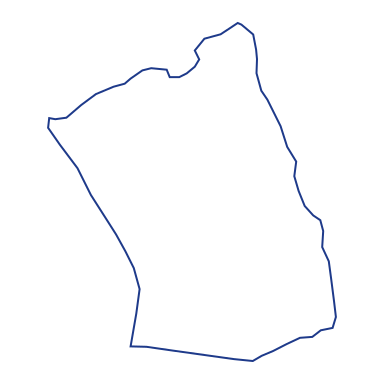 outline of Haparanda, Norrbotten, Sweden
{"feature_id": "70781695B66074520393344", "entity_name": "Haparanda", "entity_type": "district", "adm_level": 2, "iso_a3": "SWE", "parent_name": "Sweden", "parent_adm1": "Norrbotten", "projection": "mercator", "projection_center": [23.793, 65.969], "detail": "fine", "context": "isolated", "style": "outline", "palette": "blue", "viewbox_px": 384, "rotation_deg": 0, "n_neighbors": 0, "source": "geoboundaries", "source_scale": "gbopen_adm2", "svg_char_len": 862}
<svg xmlns="http://www.w3.org/2000/svg" viewBox="0 0 384 384"><path d="M49.2,118.1L48.1,127.8L59.8,144.6L77.5,168.2L90.9,195.0L108.6,222.7L116.1,234.5L125.4,251.3L133.8,268.1L139.6,289.1L136.3,313.5L130.6,346.4L146.5,346.8L172.9,350.6L233.9,359.1L252.8,361.0L261.7,355.8L273.1,351.0L286.8,344.0L300.0,337.8L312.3,336.9L320.8,330.3L332.6,327.9L335.9,317.0L334.0,301.0L331.2,279.2L328.8,261.3L322.2,247.1L323.2,231.0L320.3,220.2L313.2,215.4L304.7,206.0L298.6,190.9L294.3,176.2L296.2,161.6L287.2,146.9L280.6,126.2L267.4,99.7L261.3,90.7L256.5,73.2L257.0,59.1L256.1,49.6L253.2,34.5L241.4,24.6L237.7,23.0L220.6,34.3L204.4,38.7L194.8,50.5L199.2,59.4L194.8,66.7L186.7,73.4L179.3,77.1L169.7,77.1L166.7,69.7L151.2,68.2L142.4,70.4L130.6,78.6L124.7,83.7L113.6,86.7L95.9,94.1L81.1,105.1L66.4,117.7L55.3,119.2L49.2,118.1Z" fill="none" stroke="#1e3a8a" stroke-width="2"/></svg>